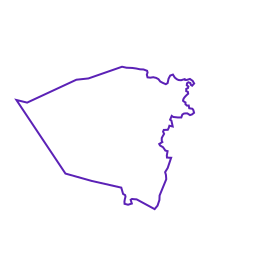 outline of Hilir Perak, Perak, Malaysia, rotated 148°
{"feature_id": "92858781B22545917435133", "entity_name": "Hilir Perak", "entity_type": "district", "adm_level": 2, "iso_a3": "MYS", "parent_name": "Malaysia", "parent_adm1": "Perak", "projection": "robinson", "projection_center": [100.994, 4.019], "detail": "fine", "context": "isolated", "style": "outline", "palette": "violet", "viewbox_px": 256, "rotation_deg": 148, "n_neighbors": 0, "source": "geoboundaries", "source_scale": "gbopen_adm2", "svg_char_len": 1531}
<svg xmlns="http://www.w3.org/2000/svg" viewBox="0 0 256 256"><g transform="rotate(148 128 128)"><path d="M54.0,139.4L57.7,140.4L59.7,141.9L60.8,143.6L61.6,146.0L61.6,149.5L64.4,150.1L66.0,149.2L67.5,148.3L70.6,145.1L72.7,145.1L74.5,147.7L76.0,150.3L76.3,153.3L77.6,155.6L79.7,157.7L82.3,158.8L84.6,160.6L83.8,163.2L82.0,164.7L81.5,166.4L83.8,169.4L86.7,171.4L89.5,174.1L92.6,176.7L97.3,179.9L100.6,183.1L135.3,191.0L146.2,196.3L200.1,203.0L207.4,210.5L207.8,210.9L205.2,122.5L186.7,102.2L165.3,81.0L167.1,74.7L166.0,72.6L166.5,71.1L168.5,69.2L170.0,67.5L171.1,65.5L168.6,62.9L164.8,61.9L163.8,65.7L162.2,65.7L160.7,64.5L158.5,62.9L148.4,45.1L144.1,46.5L139.5,50.3L137.0,54.0L124.2,63.2L122.7,64.3L121.9,65.8L120.7,68.1L119.9,70.9L118.1,71.8L115.6,73.0L107.2,79.9L108.6,80.8L110.6,82.3L109.6,84.2L106.7,87.4L108.3,89.1L108.3,90.2L108.5,93.2L110.1,96.2L110.0,97.9L106.3,97.9L106.2,99.2L104.7,101.6L103.0,102.6L100.5,103.9L100.2,106.3L98.7,107.4L95.2,105.4L93.4,106.5L91.7,108.0L89.3,105.6L87.3,111.2L87.9,112.7L84.5,115.1L83.8,113.4L80.0,110.4L77.2,108.7L74.8,110.6L72.9,110.6L71.5,109.9L69.9,108.9L68.6,106.1L66.6,105.6L63.9,105.9L63.1,108.6L63.2,110.2L65.6,112.3L64.6,114.9L66.1,115.7L66.7,117.7L65.7,119.2L66.4,120.4L66.9,121.9L65.9,123.0L64.7,123.7L63.1,124.3L61.1,124.8L58.8,125.2L58.1,126.9L59.1,128.4L57.9,130.3L56.0,130.1L54.8,131.2L55.5,133.1L54.3,134.6L52.6,134.8L51.3,133.1L51.8,131.2L51.2,129.9L48.3,130.7L48.2,133.7L49.5,136.8L52.6,137.6L54.1,138.5L54.0,139.4Z" fill="none" stroke="#5b21b6" stroke-width="2"/></g></svg>